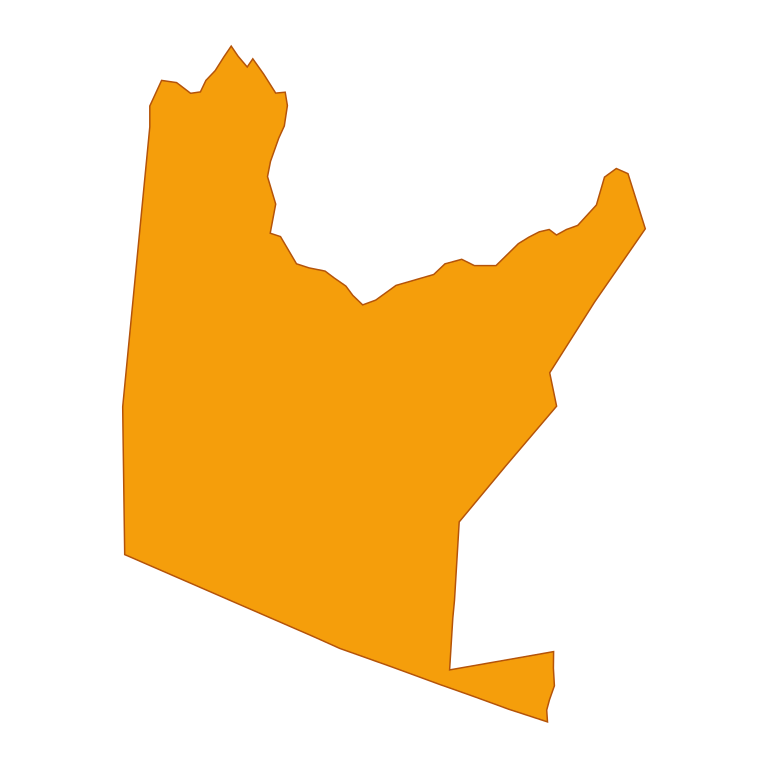 Colônia Leopoldina, Alagoas, Brazil (Equal Earth projection)
{"feature_id": "56859067B882848988861", "entity_name": "Colônia Leopoldina", "entity_type": "district", "adm_level": 2, "iso_a3": "BRA", "parent_name": "Brazil", "parent_adm1": "Alagoas", "projection": "equal_earth", "projection_center": [-35.741, -8.938], "detail": "fine", "context": "isolated", "style": "filled", "palette": "amber", "viewbox_px": 768, "rotation_deg": 0, "n_neighbors": 0, "source": "geoboundaries", "source_scale": "gbopen_adm2", "svg_char_len": 1018}
<svg xmlns="http://www.w3.org/2000/svg" viewBox="0 0 768 768"><path d="M149.8,126.9L122.7,406.8L123.0,431.1L124.7,554.6L313.9,636.8L339.7,648.4L377.4,661.8L392.6,667.2L439.8,684.5L475.2,697.0L508.6,709.2L547.5,721.9L546.7,710.1L549.5,699.7L554.4,685.8L553.4,668.3L553.6,651.6L449.6,669.9L452.8,618.2L454.5,600.3L459.2,521.9L505.6,466.1L556.6,406.2L549.7,372.8L594.8,301.7L645.3,228.8L628.0,173.7L616.3,168.5L604.5,177.1L596.4,205.0L577.7,225.4L566.4,229.5L556.5,235.0L549.2,229.5L539.3,231.8L528.8,237.2L518.4,243.6L496.0,265.6L474.4,265.6L461.7,259.3L445.0,263.8L433.7,274.5L396.0,285.4L375.7,300.1L362.7,304.9L352.8,295.4L345.9,286.1L334.1,277.9L325.1,271.1L309.1,267.9L296.5,263.8L280.5,236.6L270.2,233.2L275.7,204.1L267.5,176.6L270.5,161.4L278.8,138.0L284.3,126.0L287.4,105.6L285.2,92.2L275.7,93.1L263.6,74.0L252.8,58.8L247.2,67.0L238.0,56.1L231.2,46.1L223.8,57.0L215.2,70.6L205.9,80.4L200.4,91.9L190.6,93.3L176.6,82.6L161.6,80.4L149.8,106.0L149.8,126.9Z" fill="#f59e0b" stroke="#b45309" stroke-width="1.5"/></svg>